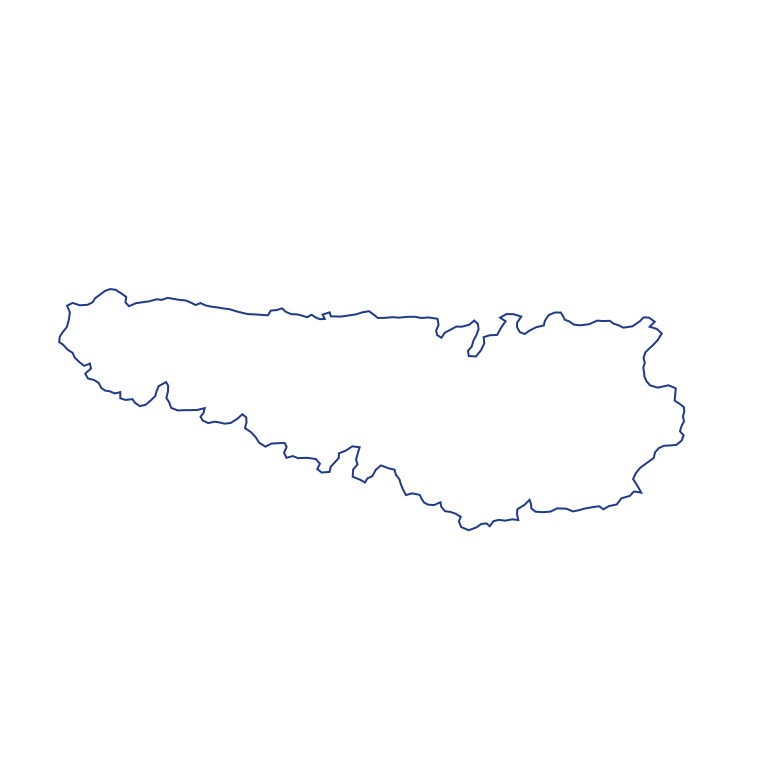 São Sebastião do Alto, Rio de Janeiro, Brazil (Equal Earth projection), rotated 243°
{"feature_id": "56859067B52914728547014", "entity_name": "São Sebastião do Alto", "entity_type": "district", "adm_level": 2, "iso_a3": "BRA", "parent_name": "Brazil", "parent_adm1": "Rio de Janeiro", "projection": "equal_earth", "projection_center": [-42.093, -21.876], "detail": "fine", "context": "isolated", "style": "outline", "palette": "blue", "viewbox_px": 768, "rotation_deg": 243, "n_neighbors": 0, "source": "geoboundaries", "source_scale": "gbopen_adm2", "svg_char_len": 3898}
<svg xmlns="http://www.w3.org/2000/svg" viewBox="0 0 768 768"><g transform="rotate(243 384 384)"><path d="M170.4,563.9L175.5,563.7L180.4,563.4L186.2,562.8L190.3,568.0L193.1,574.5L195.6,590.6L200.2,594.7L202.1,599.8L201.9,605.3L199.0,611.9L197.0,617.0L198.5,623.6L202.3,627.7L207.5,626.2L211.7,630.3L214.6,634.4L219.5,635.7L223.1,639.0L227.2,640.7L232.3,638.3L237.2,635.4L242.2,638.6L247.7,642.0L253.7,636.9L256.5,626.2L262.0,620.5L267.0,619.2L272.4,619.4L276.4,621.1L280.7,622.3L284.5,626.0L289.4,627.1L293.5,631.1L295.1,636.1L296.6,641.6L298.7,647.5L302.9,654.4L309.2,652.1L314.4,646.7L316.6,653.5L322.9,650.2L325.5,645.5L323.7,640.3L322.6,631.5L325.5,622.9L329.9,619.6L333.6,615.9L337.8,613.9L340.4,608.2L343.7,602.7L344.1,594.1L347.1,585.7L350.7,580.1L355.8,577.4L359.1,574.3L363.1,574.3L367.4,574.0L370.2,568.5L370.6,562.0L367.2,555.9L363.6,553.0L365.5,545.5L365.5,537.6L364.7,532.1L368.5,528.6L374.0,528.3L377.9,530.1L381.8,536.9L387.3,531.2L390.7,524.9L390.4,517.6L384.7,520.8L381.1,514.0L376.4,507.1L379.4,500.4L380.5,494.1L374.7,491.8L370.0,485.7L366.8,478.4L370.4,472.3L375.4,473.8L377.5,479.1L382.4,483.8L385.5,488.4L390.0,493.2L394.8,494.9L399.6,493.2L398.1,487.0L399.6,479.7L402.3,474.5L402.2,468.1L402.1,461.4L399.1,456.2L403.4,453.6L407.9,454.7L411.8,459.4L417.8,461.3L422.9,454.2L425.9,447.2L429.8,442.2L433.1,435.6L436.2,427.7L439.8,421.7L442.4,415.1L445.6,408.5L450.2,406.5L455.7,403.7L457.8,396.7L458.7,390.9L461.0,383.9L463.6,376.3L465.9,372.0L468.4,367.4L472.5,368.1L473.7,360.8L468.9,360.8L470.9,356.2L474.3,353.3L478.6,351.0L478.4,345.8L481.6,342.6L485.1,338.7L488.5,332.9L493.0,329.2L497.7,327.5L498.6,321.9L500.8,316.5L497.9,311.7L501.6,305.6L505.2,299.6L508.0,294.5L512.0,289.8L516.0,285.2L520.8,280.3L524.7,274.5L527.7,270.6L531.5,265.0L535.3,260.4L539.4,257.3L539.9,251.9L543.8,249.2L548.5,245.2L551.5,240.4L555.1,235.5L559.0,230.3L559.9,224.0L562.7,220.0L564.3,212.2L566.5,205.9L568.6,199.8L569.1,192.1L574.0,190.7L578.7,193.8L584.1,191.0L589.9,187.5L592.9,183.1L593.6,177.7L592.4,170.8L591.6,165.6L589.1,161.5L589.1,156.1L592.1,148.9L597.6,143.3L597.6,137.1L590.6,136.7L584.6,132.6L578.6,127.1L575.8,120.7L573.2,116.4L568.7,113.6L565.0,115.8L558.0,117.8L553.1,120.7L548.2,120.4L542.1,122.4L536.3,125.1L535.7,131.2L530.8,129.9L528.9,122.5L523.2,122.8L519.3,127.4L514.5,130.3L508.8,130.3L504.8,132.5L502.0,136.3L497.7,140.0L496.5,145.3L491.0,142.6L487.2,146.4L484.7,153.0L480.2,153.6L475.2,156.4L473.7,161.9L475.2,168.5L477.2,174.9L480.8,178.0L484.4,182.3L484.7,190.7L480.4,190.9L475.4,188.1L470.2,183.7L465.4,184.3L459.4,183.5L454.2,188.1L450.4,196.1L445.8,205.3L443.9,213.3L440.2,210.1L438.2,205.7L433.8,205.9L429.0,209.6L427.2,216.2L424.2,220.2L421.0,224.0L418.9,229.7L419.5,237.3L421.4,244.1L416.7,246.1L412.0,243.9L407.9,240.1L401.3,243.7L394.8,245.5L388.4,246.1L382.0,249.9L382.0,256.7L379.0,263.6L376.4,268.8L372.1,268.6L368.1,263.7L362.5,263.6L361.2,270.0L356.9,273.8L353.1,282.1L348.1,289.2L342.0,290.7L338.5,285.9L333.4,288.3L330.4,295.6L334.5,299.0L336.3,304.1L338.7,310.2L342.7,312.3L342.0,319.5L342.8,327.5L338.7,333.6L334.5,329.5L329.4,324.8L324.4,323.9L321.8,317.7L315.6,314.0L309.3,319.5L304.9,322.3L307.4,326.3L307.2,331.8L311.3,337.8L312.8,344.4L306.7,349.9L302.9,354.5L297.6,353.4L292.2,354.5L287.7,353.6L282.4,353.1L275.1,353.1L273.8,359.4L269.1,365.4L264.6,365.4L260.1,365.9L256.4,368.6L253.4,373.7L253.0,380.6L248.5,379.3L243.0,380.6L239.7,385.3L235.9,388.9L230.8,392.1L227.7,388.4L221.5,387.8L215.3,393.0L214.3,400.8L215.1,407.1L213.3,412.0L209.3,413.6L212.1,419.3L210.8,424.6L207.2,430.0L205.2,436.9L201.8,441.9L207.3,443.3L211.9,445.9L212.5,454.2L214.7,461.1L210.3,460.5L206.3,458.8L201.4,461.1L197.5,467.7L194.7,474.5L194.6,481.8L190.1,489.9L184.7,494.5L183.2,499.8L182.0,505.9L179.7,513.6L177.4,520.2L172.7,522.6L173.1,529.0L171.0,536.7L174.4,543.6L172.7,552.2L174.8,557.9L170.4,563.9Z" fill="none" stroke="#1e3a8a" stroke-width="2"/></g></svg>